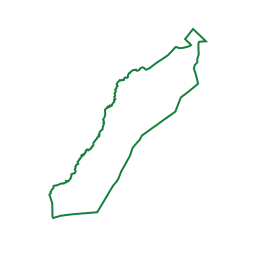 Chingeltei, Ulaanbaatar, Mongolia (Equal Earth projection), rotated 227°
{"feature_id": "93677404B82424679119266", "entity_name": "Chingeltei", "entity_type": "district", "adm_level": 2, "iso_a3": "MNG", "parent_name": "Mongolia", "parent_adm1": "Ulaanbaatar", "projection": "equal_earth", "projection_center": [106.895, 48.027], "detail": "fine", "context": "isolated", "style": "outline", "palette": "green", "viewbox_px": 256, "rotation_deg": 227, "n_neighbors": 0, "source": "geoboundaries", "source_scale": "gbopen_adm2", "svg_char_len": 3997}
<svg xmlns="http://www.w3.org/2000/svg" viewBox="0 0 256 256"><g transform="rotate(227 128 128)"><path d="M138.3,244.1L141.3,244.0L152.6,243.3L156.0,243.1L155.5,239.4L154.3,232.1L154.1,230.4L151.8,230.4L150.2,230.5L148.2,230.8L145.7,230.7L145.9,229.4L146.0,228.8L147.5,225.6L148.7,223.6L149.4,222.5L149.8,221.8L151.7,219.8L154.6,218.4L154.7,216.9L154.3,212.6L154.0,206.9L154.5,203.1L154.7,202.0L155.7,196.3L156.3,192.6L157.1,184.3L157.8,182.4L158.3,180.9L158.7,180.8L160.0,180.7L161.3,180.6L162.3,180.2L162.9,179.3L162.9,178.1L163.2,177.6L163.1,176.4L162.7,175.8L163.6,173.7L164.5,173.3L165.3,173.6L165.8,172.4L165.9,172.2L166.8,171.6L167.3,168.1L166.9,167.4L167.4,165.7L166.8,165.1L166.7,164.5L166.6,163.9L166.3,163.6L165.2,162.5L165.3,161.5L166.6,160.8L166.9,159.9L166.9,159.1L166.1,158.4L165.9,157.9L166.5,157.0L167.2,156.6L167.4,155.3L167.8,155.2L168.6,154.8L168.4,153.0L168.4,152.7L168.6,152.0L168.1,150.9L167.8,149.5L167.3,149.3L166.5,149.2L166.3,149.2L165.7,148.9L165.8,148.3L165.6,147.2L165.0,146.8L164.7,146.0L164.8,144.8L163.4,144.2L163.0,144.0L162.7,143.1L162.7,142.0L160.7,140.8L160.2,140.3L160.1,139.2L159.6,138.9L158.8,138.5L157.7,138.4L157.7,137.5L158.0,136.7L157.3,136.2L156.7,136.0L156.5,135.6L156.5,134.2L156.1,133.2L156.2,132.5L156.0,131.9L155.4,131.5L155.4,131.4L155.6,130.3L156.8,130.2L157.0,129.9L156.6,129.4L156.1,128.5L156.3,127.9L156.9,128.0L157.2,128.1L157.5,127.7L157.4,126.9L156.9,126.0L157.0,125.8L157.1,125.3L157.2,124.6L157.0,124.2L157.0,123.6L154.7,121.7L153.8,121.0L152.0,118.4L151.1,115.5L150.6,115.4L150.2,115.1L149.2,115.0L148.8,114.4L148.7,113.6L147.7,113.6L146.8,111.9L145.5,109.6L144.5,108.7L144.4,107.2L144.6,106.4L144.3,104.4L143.8,103.9L143.5,103.2L142.6,102.6L143.0,101.9L142.8,101.7L142.1,101.9L141.5,101.2L142.0,99.7L141.9,98.8L141.9,98.5L141.3,97.5L141.3,97.0L141.4,95.7L141.1,94.9L140.8,94.1L140.8,93.1L140.6,92.4L139.4,91.3L138.8,90.5L138.7,89.8L139.1,89.4L139.0,89.1L138.6,88.1L138.2,87.3L138.5,86.9L138.6,86.7L138.5,86.0L138.4,85.5L138.3,85.2L138.8,84.8L138.8,84.3L138.7,83.8L139.0,83.6L140.0,83.5L140.3,83.4L140.4,82.9L139.8,82.1L140.0,81.1L139.3,80.8L138.8,79.7L139.1,78.9L139.2,78.5L138.6,77.9L138.5,77.3L139.4,76.7L139.8,76.0L139.7,75.3L139.4,75.4L138.7,75.4L138.5,73.6L138.5,72.0L137.9,71.3L138.0,70.3L138.0,70.0L137.7,69.6L137.7,69.3L137.8,68.5L137.3,67.8L136.1,67.3L135.7,67.1L136.2,65.9L136.2,64.9L135.8,64.2L135.7,63.1L134.6,62.6L134.5,62.4L134.5,62.0L134.3,61.4L134.0,60.9L132.1,60.3L132.0,60.2L131.8,59.8L131.3,58.7L131.6,58.2L131.6,57.4L132.5,56.0L132.8,55.2L132.2,54.5L131.3,53.6L130.8,52.4L130.3,51.7L130.1,49.8L129.7,48.4L129.8,48.2L130.0,47.4L130.6,47.3L131.2,46.9L131.6,46.6L130.6,46.0L130.5,45.4L130.9,44.6L131.2,44.1L131.4,43.8L131.2,43.1L131.7,42.6L132.1,42.4L133.3,40.5L133.5,40.0L133.9,38.6L134.6,36.8L135.4,35.8L136.0,34.9L136.2,33.7L135.9,33.5L135.4,33.1L135.0,32.6L134.9,31.6L134.9,30.8L134.5,29.5L134.1,27.7L133.0,27.2L133.1,26.6L132.9,25.1L132.4,24.9L127.7,22.7L125.8,21.8L124.8,21.4L123.6,20.3L122.2,19.1L118.2,15.5L115.7,13.2L114.9,12.5L113.2,11.9L111.8,14.8L110.4,17.5L109.8,18.8L104.9,25.7L102.4,29.0L98.0,34.6L96.5,36.5L94.3,39.2L93.7,40.1L91.8,42.4L89.6,45.2L88.0,47.3L87.4,48.0L87.8,49.4L88.1,50.6L89.4,55.0L91.0,60.6L93.1,67.8L94.3,71.8L95.8,77.1L96.0,77.9L96.5,82.2L96.7,83.2L97.4,86.2L97.7,86.8L99.5,90.6L100.8,93.3L101.3,94.8L102.9,100.0L104.7,105.3L106.0,109.6L106.3,110.2L106.5,110.8L108.6,114.6L110.0,117.2L110.4,118.0L110.5,119.0L111.0,123.4L111.4,127.7L111.4,128.7L111.8,129.6L113.0,133.0L112.9,133.9L112.2,138.8L111.4,145.7L110.5,151.8L109.6,159.7L108.3,169.0L107.7,173.7L108.9,176.2L110.5,179.6L111.7,182.1L113.3,185.4L114.3,187.5L114.0,190.8L113.3,197.1L113.2,199.8L113.0,202.1L112.6,208.8L112.6,209.4L116.0,211.4L120.2,213.7L120.4,213.8L123.0,215.1L126.6,216.7L127.5,218.2L128.4,219.6L128.7,223.2L128.8,223.5L130.5,225.0L131.1,225.5L132.3,227.6L133.2,229.2L133.5,229.8L137.7,233.4L140.8,236.2L141.4,236.7L142.6,238.7L140.8,241.0L138.3,244.1Z" fill="none" stroke="#15803d" stroke-width="2"/></g></svg>